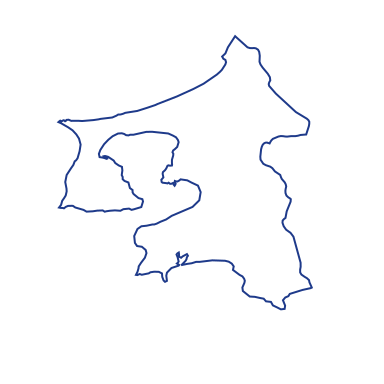 outline of Aomori, rotated 254°
{"feature_id": "JPN-1863", "entity_name": "Aomori", "entity_type": "Prefecture", "adm_level": 1, "iso_a3": "JPN", "parent_name": "Japan", "parent_adm1": "", "projection": "equal_earth", "projection_center": [140.822, 40.879], "detail": "fine", "context": "isolated", "style": "outline", "palette": "blue", "viewbox_px": 384, "rotation_deg": 254, "n_neighbors": 0, "source": "natural_earth", "source_scale": "10m", "svg_char_len": 4522}
<svg xmlns="http://www.w3.org/2000/svg" viewBox="0 0 384 384"><g transform="rotate(254 192 192)"><path d="M67.1,280.8L66.9,279.7L67.4,271.1L67.2,262.5L67.1,257.9L65.3,255.9L64.9,252.6L62.9,249.6L57.1,250.2L54.1,248.8L54.7,245.1L57.7,241.9L60.7,238.5L64.6,237.6L66.5,233.0L69.7,231.5L71.3,228.3L73.9,223.5L75.6,218.7L82.8,213.6L86.3,214.1L90.2,217.3L92.1,218.3L94.3,218.2L97.0,217.2L99.2,214.9L105.8,209.9L109.0,211.6L112.2,210.5L114.9,208.1L116.8,204.8L120.7,192.7L122.7,180.3L123.7,176.7L123.6,172.0L124.2,167.8L124.6,162.3L125.0,162.3L127.5,166.7L128.8,168.1L130.7,169.1L131.8,170.5L133.7,170.0L132.7,165.3L131.8,163.4L132.9,162.2L134.2,161.9L135.8,162.4L137.5,162.6L137.0,161.0L136.2,159.9L133.2,160.2L131.6,160.1L128.9,160.0L128.0,159.0L127.4,157.8L126.4,158.7L125.4,159.6L124.9,158.8L124.7,153.8L124.6,151.3L121.4,145.7L118.6,144.2L116.0,143.8L113.5,143.4L113.1,141.3L114.8,140.3L118.6,140.0L122.0,140.7L124.4,138.1L125.8,133.7L126.3,129.9L125.7,128.0L125.9,125.9L126.3,120.9L127.6,119.1L127.2,116.6L127.8,115.3L130.3,117.6L133.3,119.5L135.2,120.3L137.9,123.4L141.8,128.6L145.8,131.4L149.0,131.5L153.2,128.7L155.2,124.3L158.8,123.1L165.6,124.3L171.5,129.4L173.0,133.9L172.1,139.1L171.7,144.9L171.2,146.8L171.3,149.3L172.1,153.5L172.7,159.5L174.7,166.0L177.5,188.4L182.0,196.7L189.5,200.3L196.5,199.5L201.3,194.0L204.5,190.7L207.3,184.5L206.6,183.1L206.1,180.8L206.7,179.4L207.3,178.6L206.1,178.1L204.7,178.6L203.8,178.1L202.8,177.0L204.1,176.4L205.9,176.2L205.6,174.6L205.9,173.2L207.4,172.1L207.0,170.8L207.5,169.9L209.1,166.2L210.0,165.6L212.2,165.9L213.9,168.5L217.6,168.8L219.1,169.5L220.4,172.1L221.7,173.7L224.0,175.7L224.1,176.8L223.8,177.3L223.7,177.3L223.3,178.4L223.0,180.0L223.8,180.4L225.4,180.7L228.5,181.6L232.1,183.9L233.9,184.6L235.6,184.2L237.1,185.3L238.0,187.5L239.4,190.2L240.8,191.1L243.6,192.9L245.9,192.8L249.0,191.7L251.5,189.2L254.8,185.3L260.9,170.2L262.4,164.6L263.2,151.4L264.1,148.3L263.9,146.6L264.8,144.3L266.5,142.8L267.8,140.7L268.6,137.0L267.5,131.1L265.3,126.0L262.2,120.7L257.7,115.5L254.3,113.0L251.0,112.8L249.7,115.6L248.7,117.3L247.4,119.0L247.5,119.8L248.4,120.0L249.3,118.6L250.2,117.4L250.7,117.1L250.7,117.7L250.4,118.7L248.9,121.1L243.8,125.4L241.0,126.2L237.7,128.9L235.5,131.6L231.9,131.0L227.6,129.1L225.6,129.5L223.4,128.9L221.2,130.2L218.7,133.5L212.9,133.4L210.3,135.4L208.0,134.8L206.1,135.3L200.9,138.9L198.8,142.3L196.4,142.3L191.5,139.1L191.4,131.3L191.5,129.0L193.4,126.9L194.4,121.3L193.7,118.0L195.6,112.8L196.6,107.9L197.1,104.3L197.1,102.7L198.9,101.1L200.2,95.8L200.8,91.3L202.2,85.2L204.7,82.8L209.3,75.5L211.4,73.8L211.8,72.9L212.8,69.0L212.5,66.6L211.6,64.4L212.2,63.6L212.8,61.6L213.7,59.9L215.7,62.6L219.3,64.8L221.4,67.4L223.4,69.6L225.7,70.9L227.2,71.7L229.9,72.3L236.5,72.9L242.9,76.2L248.2,82.3L250.7,85.4L253.8,87.7L254.4,89.3L256.0,91.3L262.2,95.2L268.3,98.0L274.5,98.1L279.2,96.7L284.2,94.2L288.4,90.7L291.6,87.6L294.1,85.2L296.0,82.9L296.4,83.7L296.9,85.0L295.9,86.2L296.4,88.1L296.2,88.7L295.0,89.5L295.2,90.4L295.9,91.2L295.5,93.3L293.7,95.5L292.9,98.4L291.7,102.6L290.5,106.0L288.3,117.1L287.6,122.2L287.5,124.2L285.6,135.9L286.2,140.4L286.8,142.4L286.2,144.7L286.2,147.4L286.5,149.6L285.0,161.7L285.3,172.2L285.7,180.8L286.1,183.2L288.0,203.9L290.7,222.0L292.9,233.0L298.0,248.2L299.8,252.0L301.2,254.4L305.4,259.2L307.4,260.5L309.8,260.5L311.4,258.9L313.9,258.3L314.9,260.2L316.0,262.3L321.2,266.4L329.9,276.4L328.9,277.0L315.8,285.2L314.4,287.3L313.7,289.4L313.3,291.3L312.5,293.0L310.6,294.7L308.2,295.2L304.3,294.7L298.6,292.8L295.7,293.0L292.1,294.2L284.9,297.4L280.9,298.5L277.7,298.0L276.2,296.5L274.6,295.5L272.7,295.4L263.5,299.7L240.2,313.9L230.8,322.6L229.0,323.7L227.2,324.1L225.2,323.5L223.1,322.5L215.8,317.6L216.9,312.1L216.9,309.3L217.2,306.9L218.4,302.6L219.0,298.8L219.6,297.0L220.5,295.1L221.3,292.8L221.5,290.4L220.8,284.4L219.8,282.6L218.8,281.4L217.3,280.0L217.7,279.5L218.1,278.7L218.8,277.8L219.1,276.7L219.1,275.7L218.9,274.7L218.4,273.8L217.9,273.0L216.3,271.6L214.0,270.2L207.1,267.4L204.2,266.8L199.5,268.3L197.4,270.4L194.8,274.2L192.8,275.8L188.9,277.4L184.1,281.5L181.8,281.6L179.8,281.9L175.7,283.8L173.6,284.2L171.4,284.1L169.0,282.8L167.4,282.1L165.2,281.6L162.5,281.8L160.3,283.1L159.0,284.3L157.9,285.0L155.5,284.1L147.3,277.7L141.3,274.7L140.6,272.9L139.6,271.3L137.5,270.5L133.8,270.7L129.8,272.1L125.5,275.5L121.1,277.2L94.1,276.9L90.1,275.8L87.7,274.6L84.9,273.8L82.5,274.4L79.4,276.9L77.5,278.7L75.0,280.2L72.8,280.0L67.2,280.8L67.1,280.8Z" fill="none" stroke="#1e3a8a" stroke-width="2"/></g></svg>